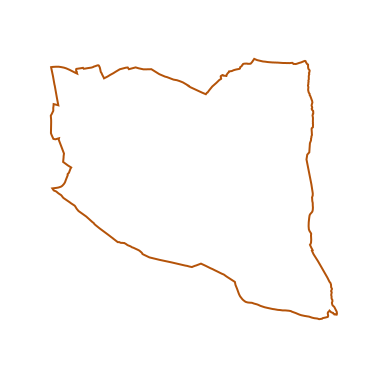 Sandulesti, Cluj, Romania, rotated 260°
{"feature_id": "2599482B43869878211942", "entity_name": "Sandulesti", "entity_type": "district", "adm_level": 2, "iso_a3": "ROU", "parent_name": "Romania", "parent_adm1": "Cluj", "projection": "orthographic", "projection_center": [23.724, 46.589], "detail": "fine", "context": "isolated", "style": "outline", "palette": "amber", "viewbox_px": 384, "rotation_deg": 260, "n_neighbors": 0, "source": "geoboundaries", "source_scale": "gbopen_adm2", "svg_char_len": 5929}
<svg xmlns="http://www.w3.org/2000/svg" viewBox="0 0 384 384"><g transform="rotate(260 192 192)"><path d="M46.1,313.2L47.0,313.6L47.8,313.7L49.1,313.7L51.6,312.9L53.3,312.4L54.2,312.1L55.9,310.8L56.7,310.6L58.5,310.5L59.1,310.8L59.9,311.3L60.7,311.4L61.3,311.5L62.3,311.1L63.0,311.0L64.0,311.1L64.8,311.3L65.4,311.3L65.9,311.2L66.7,311.3L68.7,312.1L69.1,312.2L69.6,311.9L70.3,311.8L71.1,312.3L72.0,312.9L72.5,313.0L73.9,312.5L76.7,312.8L78.5,312.5L79.7,311.8L84.1,310.5L98.0,305.5L102.1,304.0L109.6,300.9L113.4,299.9L113.7,300.7L116.5,299.8L119.5,299.0L120.2,299.7L121.4,300.4L124.2,301.1L128.9,301.7L130.0,302.1L130.7,302.0L132.4,301.3L133.4,300.9L135.0,300.6L136.0,300.7L138.1,300.9L141.9,301.7L146.1,302.9L148.2,303.6L148.8,303.9L149.5,304.4L150.3,305.3L150.8,306.0L151.7,307.0L152.6,307.5L153.7,307.9L155.8,308.4L157.8,308.6L160.3,309.0L162.1,308.9L163.2,309.0L164.6,309.2L165.6,309.2L167.7,310.3L169.8,310.7L178.8,310.9L204.2,310.4L208.8,312.0L210.7,314.4L219.6,316.6L222.1,318.1L223.1,318.4L223.7,318.4L224.8,319.0L225.8,319.2L226.4,319.5L227.0,319.9L227.6,320.1L228.3,320.1L229.5,320.3L232.3,320.6L233.3,320.7L234.0,321.0L234.7,322.2L234.9,322.4L235.8,322.5L236.4,322.7L237.3,322.8L237.8,323.0L238.5,322.9L239.3,323.2L240.0,323.2L244.0,324.0L246.6,324.0L247.0,324.2L247.9,324.9L248.2,325.0L248.3,324.9L248.5,325.1L248.8,325.2L250.0,325.2L250.4,325.4L250.7,325.4L251.0,325.3L251.9,324.6L253.1,324.3L253.4,324.5L253.7,324.8L254.0,325.0L255.3,325.0L255.9,324.8L256.5,324.8L256.8,324.9L258.8,325.9L259.2,326.1L261.0,326.1L262.3,325.8L263.7,325.6L266.2,325.1L266.7,324.8L267.0,324.7L268.1,324.9L269.0,324.5L269.8,324.2L271.8,324.1L272.4,324.1L274.3,324.6L275.0,324.8L275.6,324.8L276.4,324.7L276.7,324.7L277.1,324.8L277.9,325.3L279.4,325.5L280.1,325.9L280.4,326.0L281.3,325.9L282.7,326.6L284.4,326.9L285.4,327.0L286.7,327.4L287.8,328.0L288.7,327.8L288.9,327.8L289.4,328.3L289.7,328.4L290.3,328.6L290.8,328.9L291.2,328.9L291.7,328.8L292.7,328.2L293.3,328.0L294.6,328.0L297.3,328.4L297.6,328.2L297.8,327.8L298.2,327.5L299.0,327.2L299.6,326.9L300.1,326.8L300.9,326.5L301.2,326.5L301.5,326.0L301.4,325.1L300.7,322.0L300.5,320.0L300.1,317.5L300.0,316.4L300.3,315.3L300.4,314.4L300.7,314.0L301.7,313.4L301.8,313.1L302.0,310.4L302.6,307.4L303.3,303.8L304.5,299.0L305.6,293.8L306.8,289.2L307.7,286.5L308.2,284.6L310.6,279.0L312.3,276.4L309.6,273.8L308.7,272.7L308.2,272.0L308.3,270.6L308.6,269.0L308.9,268.6L309.0,268.1L309.0,267.4L309.2,266.9L309.2,266.2L309.3,265.7L309.3,265.2L309.1,264.4L308.6,264.1L308.3,263.5L307.4,262.8L307.1,262.4L306.7,261.3L306.3,261.0L305.4,260.7L305.2,260.5L305.1,260.2L305.0,259.5L305.0,257.3L304.9,255.8L304.7,254.0L304.2,252.2L304.3,249.8L304.3,249.3L304.1,249.2L303.7,249.2L302.7,247.7L302.2,247.2L301.5,246.6L300.3,246.0L300.4,245.6L300.7,245.1L301.1,243.1L301.2,242.9L301.8,242.7L301.9,242.3L301.7,241.8L301.2,240.6L301.0,240.4L300.7,240.3L298.5,240.4L298.3,240.2L297.6,238.4L295.2,234.9L292.4,230.3L289.2,226.6L287.3,224.6L287.2,224.0L285.9,222.6L288.1,219.2L295.5,208.6L296.7,207.2L298.1,205.9L298.1,206.1L301.5,202.1L303.3,199.2L304.7,196.6L305.9,193.3L309.5,187.3L310.3,185.5L312.4,182.3L313.7,180.3L320.0,173.3L320.1,172.5L320.8,168.0L321.3,165.3L323.1,160.9L324.5,158.1L323.9,151.2L325.8,150.3L325.9,148.3L325.4,142.2L323.7,137.7L322.7,135.3L321.5,131.7L320.4,129.0L319.2,125.1L320.8,124.7L322.6,124.1L325.0,123.5L325.8,123.1L326.4,123.0L329.5,122.9L330.7,122.8L332.7,122.2L333.0,121.8L333.1,121.2L333.1,120.8L332.6,117.8L332.6,117.3L332.3,116.6L332.0,114.9L332.0,114.2L332.1,110.3L332.1,108.2L332.2,106.7L333.2,106.2L333.2,104.0L333.3,100.1L333.3,99.5L333.0,99.2L331.7,99.0L330.8,99.1L330.4,99.4L329.3,99.3L328.6,99.4L329.6,97.9L333.6,92.6L335.6,89.6L336.7,87.5L337.9,84.4L338.5,82.5L339.0,79.7L339.4,76.3L339.4,74.9L330.2,75.2L329.4,75.2L321.6,75.2L320.4,75.3L308.2,75.3L300.6,75.4L301.0,74.6L302.6,71.0L300.2,70.4L299.1,70.0L296.1,69.5L293.4,67.6L291.7,66.2L287.5,65.8L285.1,65.4L274.4,63.3L272.7,63.6L268.4,64.7L268.1,65.3L267.6,66.8L267.9,69.1L268.0,70.3L266.9,69.8L264.2,70.3L259.0,71.3L252.1,72.6L249.6,71.8L248.2,71.5L244.0,70.3L239.7,74.4L237.1,77.3L236.1,76.4L232.4,74.2L231.9,73.6L231.4,72.8L231.1,72.6L230.8,72.5L230.3,72.6L229.6,72.2L225.7,69.8L223.9,68.8L222.9,68.0L222.0,67.1L220.7,65.4L220.1,64.2L219.8,62.7L219.6,61.1L219.6,59.3L219.8,55.1L217.8,56.0L217.4,56.3L216.3,58.1L215.6,58.8L214.7,59.5L213.6,60.5L211.5,62.7L208.8,64.1L208.2,64.6L203.1,69.8L201.9,70.9L199.0,74.0L198.1,74.5L195.5,75.5L194.1,76.3L193.2,76.8L192.3,77.6L191.5,78.4L186.2,83.6L179.4,88.9L178.7,89.7L177.4,90.3L176.1,91.3L172.2,94.7L164.6,101.9L155.5,110.2L155.4,111.1L155.2,111.8L154.9,112.2L154.5,112.7L154.2,113.3L154.1,114.0L153.9,114.9L153.9,115.0L153.6,115.8L153.5,116.5L153.2,116.8L152.5,117.7L150.8,119.4L150.3,120.2L149.1,122.1L147.9,123.4L147.3,124.6L146.8,125.3L145.8,126.7L144.5,128.6L143.8,129.5L143.4,130.0L141.2,131.8L140.5,132.2L139.5,132.5L138.5,133.8L135.0,138.7L130.8,148.3L126.2,159.7L120.7,172.6L120.1,174.3L119.0,176.6L118.1,178.9L118.4,180.1L118.8,182.1L118.9,183.2L119.9,188.4L116.8,192.8L113.7,197.0L112.6,198.7L110.8,201.1L109.8,202.5L106.4,207.1L105.7,208.2L105.4,208.7L105.1,209.1L102.9,211.2L97.6,216.9L96.0,218.6L92.9,218.7L88.7,219.6L85.2,220.2L83.5,220.5L81.7,221.0L80.8,221.3L77.6,223.0L76.4,223.9L74.6,225.6L74.1,226.5L73.5,227.8L73.0,229.6L72.5,231.7L72.0,232.6L71.4,233.6L70.1,236.4L69.4,237.6L68.0,239.6L65.9,243.5L64.8,246.1L62.6,251.5L62.4,252.3L61.0,256.1L60.5,258.1L59.7,260.6L59.3,262.9L58.3,266.6L57.6,268.6L56.8,269.6L54.8,273.1L52.6,276.5L51.7,278.2L50.4,281.4L48.9,285.7L47.5,288.2L46.5,290.5L45.6,293.5L44.7,295.1L44.6,298.0L44.9,298.4L45.1,299.0L45.2,301.7L45.4,304.0L46.4,304.6L48.5,304.6L49.0,304.6L49.4,304.8L49.8,305.0L50.2,305.4L50.6,306.2L51.3,306.8L50.2,307.6L49.4,308.2L48.4,309.9L48.1,309.9L47.6,310.2L47.4,310.6L47.2,310.9L46.7,311.0L46.6,311.4L46.8,311.9L46.7,312.3L46.2,312.6L46.1,313.2Z" fill="none" stroke="#b45309" stroke-width="2"/></g></svg>